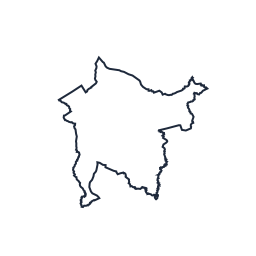 Mueang Kamphaeng Phet, Kamphaeng Phet, Thailand (Natural Earth projection), rotated 230°
{"feature_id": "78962969B14076406619672", "entity_name": "Mueang Kamphaeng Phet", "entity_type": "district", "adm_level": 2, "iso_a3": "THA", "parent_name": "Thailand", "parent_adm1": "Kamphaeng Phet", "projection": "natural_earth1", "projection_center": [99.433, 16.42], "detail": "fine", "context": "isolated", "style": "outline", "palette": "slate", "viewbox_px": 256, "rotation_deg": 230, "n_neighbors": 0, "source": "geoboundaries", "source_scale": "gbopen_adm2", "svg_char_len": 5755}
<svg xmlns="http://www.w3.org/2000/svg" viewBox="0 0 256 256"><g transform="rotate(230 128 128)"><path d="M200.7,151.0L199.1,147.5L198.1,144.4L195.5,143.6L194.2,142.3L193.0,139.8L191.4,139.2L189.9,137.2L188.5,136.3L187.2,134.5L185.8,133.9L183.6,133.8L183.2,133.1L182.8,132.0L183.0,126.1L182.6,125.9L183.2,123.0L183.1,121.1L182.3,120.2L182.5,118.5L190.4,119.6L191.7,108.6L194.0,93.1L193.2,93.0L192.4,93.9L190.4,93.8L188.7,95.1L186.8,95.5L186.7,96.0L185.9,96.3L185.1,95.8L184.0,96.0L183.5,96.5L182.2,96.6L180.8,95.7L179.7,95.9L178.5,94.7L177.4,94.9L178.1,87.9L178.7,86.9L177.3,85.4L174.9,84.9L174.9,85.2L173.0,85.6L172.1,86.3L170.9,86.6L168.8,88.0L168.6,88.7L166.6,89.0L165.3,90.3L164.2,89.2L164.0,87.8L162.1,86.9L160.7,86.9L156.9,84.5L154.4,83.3L151.2,79.6L149.5,78.6L147.1,76.5L146.3,76.2L145.0,74.9L144.7,74.2L143.9,74.5L143.3,74.3L142.6,73.4L141.7,74.4L140.8,74.4L140.6,74.7L138.6,73.7L138.5,73.0L137.6,72.0L137.7,71.5L137.3,71.2L137.4,70.9L136.4,69.6L136.4,69.2L135.8,68.4L136.0,68.3L135.6,68.0L135.8,67.6L135.6,66.3L134.2,65.2L133.9,63.4L133.1,62.7L132.9,61.9L132.8,60.6L132.2,60.3L131.7,59.4L130.6,58.7L129.4,58.8L128.7,57.5L126.6,57.5L126.3,56.1L123.9,56.5L123.5,56.9L121.6,55.7L118.8,56.1L118.5,55.9L116.7,56.0L116.0,55.0L114.7,54.2L113.3,54.0L110.8,54.5L108.5,53.9L107.4,54.2L106.8,53.5L106.5,53.7L105.6,53.1L105.4,53.5L104.9,53.4L104.6,53.0L104.8,52.6L104.4,52.3L104.0,52.6L103.6,52.1L103.9,51.9L103.8,51.5L103.3,51.1L103.3,50.5L104.0,50.5L104.3,50.0L104.4,49.2L105.0,48.7L104.8,47.7L104.3,47.6L104.2,48.0L103.6,47.0L103.5,45.8L103.2,45.5L102.7,45.9L102.3,45.6L102.7,45.4L102.6,45.0L100.9,44.4L101.0,43.8L100.6,43.1L99.0,42.9L98.6,42.4L97.8,42.5L97.4,41.9L96.4,42.7L96.7,44.5L95.4,45.8L95.0,47.2L94.5,47.5L94.8,48.1L94.3,48.9L94.4,49.5L95.0,50.5L94.6,50.7L95.0,51.3L94.7,52.0L95.0,52.2L95.2,52.8L94.6,55.7L94.1,55.8L92.7,60.9L94.2,61.0L96.2,60.8L100.9,58.7L103.2,58.8L107.6,60.4L110.1,62.9L110.9,64.1L111.4,67.2L113.1,70.4L114.8,72.4L115.3,75.4L116.1,76.8L119.7,81.3L121.4,82.5L119.4,84.0L115.9,85.1L114.0,87.0L112.4,85.5L104.4,89.5L102.3,91.1L101.6,90.7L99.2,90.4L98.2,93.1L96.9,95.7L96.1,95.5L95.7,96.4L94.4,96.5L93.1,95.9L92.7,95.2L92.2,95.2L91.9,94.8L88.0,95.7L87.0,94.8L85.9,94.3L85.3,93.0L83.6,93.4L81.7,92.3L81.1,93.5L79.5,93.8L78.3,95.3L78.0,95.3L78.1,94.8L77.8,94.5L77.0,94.5L76.2,94.9L75.2,96.6L73.4,98.3L73.4,99.9L73.7,100.4L73.4,101.2L72.5,101.2L72.3,101.9L71.4,102.1L71.3,102.6L70.1,103.4L69.5,103.1L69.5,102.4L69.2,102.6L69.0,102.2L68.3,102.0L68.4,101.1L68.0,101.2L67.3,100.6L66.6,100.5L65.6,100.6L65.1,101.3L64.7,101.2L64.6,100.9L63.9,102.0L62.1,103.1L61.2,103.0L60.4,103.6L60.1,104.0L60.2,104.9L59.6,105.2L59.5,105.8L59.1,106.4L58.0,105.7L58.1,104.6L57.4,103.8L55.5,103.6L55.3,103.8L55.5,105.4L56.0,105.7L56.8,107.4L57.5,107.8L58.0,107.1L58.6,107.3L59.1,107.1L59.1,107.7L59.7,108.7L60.0,108.6L60.1,109.5L60.6,110.0L61.3,110.2L61.1,110.5L61.4,111.8L61.7,112.1L62.5,111.8L62.6,112.3L62.9,112.2L63.0,112.6L62.5,112.7L62.5,112.9L63.6,113.1L64.2,113.6L64.2,114.3L63.6,115.0L64.1,115.2L64.4,115.8L65.3,115.3L65.7,115.4L65.8,115.7L66.0,115.4L66.7,115.9L67.0,115.7L67.1,116.3L67.4,116.3L67.8,117.0L68.9,116.9L69.3,117.5L69.6,117.5L70.2,118.3L70.0,118.9L70.3,118.9L70.8,119.3L70.9,119.8L72.0,120.5L72.3,121.7L72.6,121.4L72.4,122.1L73.2,122.6L73.2,123.7L73.6,124.4L73.2,124.6L73.8,126.3L75.8,126.6L76.0,126.3L76.8,126.9L76.4,127.4L76.6,127.8L76.2,127.9L76.3,128.3L75.6,128.7L75.8,129.4L75.1,130.5L75.9,131.5L75.7,131.7L76.0,132.0L75.3,132.4L75.5,132.8L75.0,132.8L75.4,133.7L75.8,133.7L75.3,134.3L76.8,135.0L76.9,135.5L77.2,135.6L77.2,136.1L77.7,135.9L78.2,136.2L78.7,135.8L79.4,136.4L79.4,136.8L79.8,136.5L80.0,137.1L81.0,137.1L81.0,137.5L84.8,138.9L85.0,139.8L86.8,140.7L86.6,141.2L87.3,141.5L88.0,142.6L89.2,142.9L91.3,142.4L92.6,144.6L92.2,147.7L92.4,149.3L92.9,149.7L94.0,149.8L97.9,148.5L98.6,150.0L100.0,149.4L100.2,151.4L100.0,151.7L101.1,152.4L101.9,151.6L102.1,151.8L103.6,151.3L103.9,150.6L104.2,150.8L104.5,150.4L105.2,150.4L105.3,150.0L105.7,150.2L106.2,149.9L106.4,150.2L102.8,157.3L97.4,168.8L96.4,169.8L91.9,168.1L88.9,170.7L87.3,175.9L88.4,177.2L89.1,177.3L90.1,178.2L90.5,179.7L90.0,181.3L91.1,181.8L91.8,181.5L92.2,181.7L94.4,185.4L97.5,186.1L98.1,186.0L98.8,185.4L99.1,185.7L99.9,185.7L100.1,186.0L100.6,185.7L101.5,185.8L101.5,186.3L103.4,187.0L105.1,187.0L106.1,188.3L107.1,187.9L107.9,189.1L108.5,189.3L108.5,189.8L108.9,190.5L108.0,192.2L107.9,193.1L107.1,194.1L106.9,195.4L107.4,196.0L107.0,197.1L107.2,197.7L108.1,197.9L108.7,198.4L109.1,199.2L110.4,200.0L110.7,200.4L111.6,200.6L111.8,201.0L112.0,200.8L112.3,201.5L111.1,202.3L110.5,203.1L109.8,202.9L109.0,203.2L108.0,204.0L108.5,205.8L107.9,206.7L108.4,209.4L107.8,211.5L108.0,212.2L107.6,212.7L107.2,214.1L109.0,213.9L109.5,213.2L110.5,212.7L111.8,213.6L112.5,212.3L112.8,212.5L113.4,211.7L113.8,212.1L114.2,211.7L114.5,212.1L115.3,212.3L117.2,209.2L118.5,208.1L120.1,208.0L122.1,208.6L123.0,208.3L123.2,208.7L124.1,208.4L124.5,208.8L124.7,209.7L125.6,209.9L125.5,209.5L125.3,209.6L125.4,209.0L125.0,208.8L125.2,208.6L124.6,207.8L124.5,206.6L124.3,206.4L124.6,206.0L124.1,205.7L124.0,204.5L123.8,204.1L123.6,204.3L122.8,203.8L122.5,203.1L122.3,203.3L122.0,203.0L121.5,201.2L121.9,199.8L123.3,198.2L122.0,196.8L122.2,195.9L122.7,195.4L122.1,194.4L122.4,192.8L124.1,188.5L124.3,186.8L125.0,184.9L125.4,184.4L125.3,182.8L126.0,182.0L126.8,180.5L127.8,179.6L129.5,178.6L130.4,178.4L131.3,176.0L133.5,176.7L136.4,176.0L138.4,170.6L139.4,171.0L139.9,170.9L140.4,170.0L142.0,170.2L142.4,168.7L143.3,167.7L144.5,168.6L145.8,167.1L149.9,165.9L152.9,165.9L155.9,167.2L157.2,167.3L165.3,165.2L168.8,163.0L173.6,161.0L176.0,159.2L177.8,158.5L185.2,151.9L187.7,150.7L189.6,150.5L193.6,151.5L194.7,151.1L200.7,151.0Z" fill="none" stroke="#1e293b" stroke-width="2"/></g></svg>